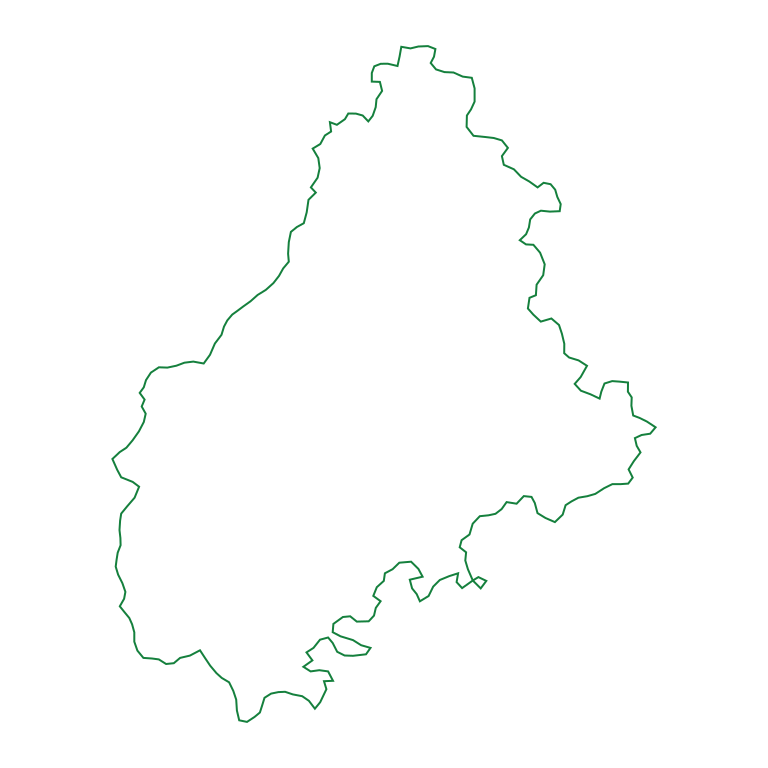 the district of São Vicente de Minas, Minas Gerais, Brazil
{"feature_id": "56859067B71918006401006", "entity_name": "São Vicente de Minas", "entity_type": "district", "adm_level": 2, "iso_a3": "BRA", "parent_name": "Brazil", "parent_adm1": "Minas Gerais", "projection": "orthographic", "projection_center": [-44.466, -21.658], "detail": "fine", "context": "isolated", "style": "outline", "palette": "green", "viewbox_px": 768, "rotation_deg": 0, "n_neighbors": 0, "source": "geoboundaries", "source_scale": "gbopen_adm2", "svg_char_len": 3645}
<svg xmlns="http://www.w3.org/2000/svg" viewBox="0 0 768 768"><path d="M472.8,580.5L467.9,569.2L465.3,560.5L466.1,552.3L459.7,547.3L461.6,540.2L469.5,534.5L472.7,523.7L479.8,516.2L488.5,515.3L495.5,513.8L501.7,509.0L506.6,502.1L516.6,503.7L523.8,496.1L531.5,496.9L534.8,503.0L537.5,513.1L545.5,518.0L554.9,522.1L562.7,514.6L565.6,505.2L571.5,501.4L578.4,497.7L587.3,496.2L595.3,493.9L604.1,488.2L612.4,484.1L621.1,484.1L628.2,483.6L632.7,477.6L628.6,469.4L633.8,461.2L640.5,452.4L636.7,445.8L634.9,438.1L641.6,435.0L650.2,433.7L655.6,427.3L646.8,421.5L639.5,417.9L633.2,415.5L631.4,405.8L631.7,397.4L627.9,391.7L628.0,382.5L619.2,381.6L612.2,381.1L604.5,383.5L601.3,391.7L599.6,398.6L590.5,394.3L580.9,390.7L574.7,383.9L580.7,377.0L587.0,365.8L578.6,360.4L569.1,357.5L564.2,353.2L564.3,343.8L561.9,333.7L559.0,325.0L551.4,318.5L540.8,321.6L533.3,314.6L527.9,308.5L529.5,297.8L535.9,295.2L536.6,284.7L543.2,275.2L544.7,264.3L540.1,252.7L533.4,244.8L526.0,244.4L519.8,240.2L526.1,234.2L528.9,227.5L530.2,219.4L534.9,213.5L540.9,210.7L549.9,211.6L559.7,211.2L560.7,204.1L557.3,196.9L555.2,189.7L550.6,184.2L543.6,182.8L537.6,187.4L529.3,181.5L521.1,176.8L513.9,169.3L503.8,164.8L501.9,156.1L507.9,147.9L501.9,140.4L493.8,138.0L485.2,137.0L473.5,135.8L466.6,126.9L466.9,115.5L471.0,109.4L474.6,101.6L474.6,88.4L471.8,77.8L462.7,76.6L453.5,72.5L444.5,72.1L436.0,69.4L430.7,63.0L434.0,56.7L435.4,49.0L428.0,46.1L418.4,46.5L410.5,48.4L401.3,46.8L399.6,56.4L397.5,66.0L387.7,63.7L380.7,63.8L374.3,66.3L371.8,73.0L371.8,81.6L379.9,81.9L382.1,90.9L376.5,99.2L375.7,107.2L372.7,115.8L368.3,121.4L362.7,115.5L355.9,113.6L348.3,113.5L344.9,119.2L336.9,124.8L329.9,122.2L331.1,131.5L324.9,135.5L320.3,144.0L312.7,148.6L318.3,158.1L319.7,168.1L317.6,177.7L310.9,187.4L315.8,192.6L308.5,199.8L306.7,212.3L303.8,223.2L296.9,227.0L290.9,231.9L288.8,242.1L288.1,253.7L288.8,261.7L283.2,268.4L279.0,275.9L273.4,283.1L265.8,289.9L257.7,294.9L250.6,301.2L243.2,306.5L237.6,310.7L232.2,314.6L227.3,320.4L224.0,326.6L221.5,334.8L214.9,343.5L210.0,354.8L203.7,363.5L193.3,361.6L184.4,362.7L176.4,365.7L167.4,367.6L158.9,367.3L150.9,372.6L146.0,380.1L143.8,387.3L139.7,392.9L144.6,399.6L141.7,406.5L145.7,413.7L143.8,422.0L138.9,431.4L132.6,440.3L126.4,447.7L119.7,452.1L112.4,459.0L117.2,469.8L121.2,477.3L132.7,481.9L139.1,486.7L134.6,497.7L127.2,506.3L121.2,513.6L120.1,520.7L119.5,530.1L120.4,538.0L120.6,545.2L117.7,552.7L116.6,559.6L115.7,566.6L118.1,574.6L122.4,583.2L125.4,591.9L124.1,598.8L119.8,606.3L124.2,611.8L129.3,618.0L132.1,624.3L134.3,632.3L134.3,641.7L137.4,650.6L143.4,657.9L152.0,658.5L158.8,659.4L166.1,664.0L173.8,663.2L180.1,657.9L189.9,655.6L200.0,650.3L204.9,657.8L210.2,665.7L216.5,673.2L221.7,677.9L229.1,682.3L233.3,690.9L236.2,699.6L236.9,710.5L239.2,720.3L247.0,721.9L254.6,716.9L259.9,712.5L262.1,705.6L264.5,697.8L271.1,693.6L278.4,692.1L285.1,691.8L292.8,694.4L302.2,696.2L308.9,700.8L314.9,708.7L320.2,702.2L326.4,689.2L324.0,681.2L333.0,680.8L328.1,671.4L319.3,670.2L310.6,671.4L303.4,666.8L312.4,660.4L306.5,652.4L313.5,647.9L320.0,639.7L328.1,637.5L332.7,643.0L337.2,651.8L344.6,655.5L353.0,655.8L366.0,654.3L370.5,647.9L361.1,645.2L353.0,640.1L340.5,636.3L332.7,632.2L333.4,623.9L342.9,617.0L350.2,616.3L356.8,621.6L368.7,621.3L374.0,615.6L375.8,607.9L380.6,601.2L373.3,595.9L376.8,587.2L383.8,580.9L384.9,573.3L392.6,569.2L399.3,562.7L411.1,561.7L418.4,568.9L422.6,576.7L409.8,579.7L412.1,588.4L416.7,594.1L419.9,601.3L428.6,596.0L433.2,586.6L439.8,580.0L449.3,576.1L458.1,573.3L456.6,582.1L462.1,588.1L472.8,580.5ZM472.8,580.5L480.7,588.4L486.3,580.9L478.4,577.1L472.8,580.5Z" fill="none" stroke="#15803d" stroke-width="2"/></svg>